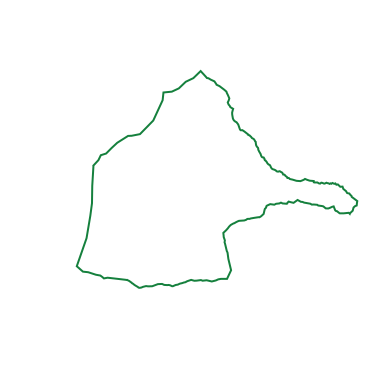 outline of Santa María Teopoxco, Puebla, Mexico, rotated 59°
{"feature_id": "50627088B27256400122103", "entity_name": "Santa María Teopoxco", "entity_type": "district", "adm_level": 2, "iso_a3": "MEX", "parent_name": "Mexico", "parent_adm1": "Puebla", "projection": "albers", "projection_center": [-96.962, 18.176], "detail": "fine", "context": "isolated", "style": "outline", "palette": "green", "viewbox_px": 384, "rotation_deg": 59, "n_neighbors": 0, "source": "geoboundaries", "source_scale": "gbopen_adm2", "svg_char_len": 5068}
<svg xmlns="http://www.w3.org/2000/svg" viewBox="0 0 384 384"><g transform="rotate(59 192 192)"><path d="M284.5,206.7L279.2,198.8L268.1,195.3L262.8,193.0L262.0,192.7L260.6,192.6L253.3,190.3L251.9,190.0L250.5,188.8L249.7,188.6L248.8,188.4L246.9,188.0L246.0,187.5L244.9,187.0L243.2,186.2L243.0,185.4L242.4,182.6L241.6,180.0L240.8,178.1L240.5,177.0L240.2,175.7L240.3,172.5L240.6,171.6L240.5,170.7L240.7,167.9L240.9,166.9L240.9,166.6L243.3,161.9L243.7,160.1L243.6,158.4L244.4,156.9L244.7,156.5L245.0,155.0L245.2,154.6L246.0,152.5L247.3,149.3L248.0,147.7L248.4,147.2L248.4,146.6L248.4,145.3L247.7,141.9L244.3,138.6L243.9,138.0L243.9,137.6L243.7,137.0L243.3,136.3L242.5,135.6L242.3,134.7L242.7,131.2L245.1,128.2L245.3,127.9L245.4,126.0L246.0,124.7L246.8,123.0L246.9,121.4L247.2,121.0L248.4,120.3L250.7,117.1L250.9,116.8L250.9,116.3L250.4,115.8L250.0,114.1L251.7,112.5L253.6,110.5L253.2,105.6L256.5,103.7L257.5,102.3L258.8,101.4L263.0,96.6L264.5,95.8L265.4,94.1L267.5,91.2L268.6,90.8L270.9,87.9L272.0,86.8L273.5,86.3L274.9,85.8L276.3,83.7L276.6,82.1L276.9,79.4L277.3,78.0L281.5,78.7L282.7,78.2L283.1,77.6L285.6,76.7L286.4,76.3L288.4,73.0L290.6,68.3L292.0,68.0L291.6,67.5L290.8,63.9L288.5,61.5L288.1,59.5L288.4,57.8L286.3,56.2L284.9,55.0L279.9,57.0L278.5,57.6L277.5,57.3L275.8,57.8L274.3,57.9L273.6,58.8L272.6,59.6L270.7,59.5L267.3,60.7L264.9,60.2L264.3,61.4L263.9,62.2L260.6,63.1L260.1,64.5L259.2,64.6L258.5,64.7L258.3,65.8L256.6,67.0L256.7,68.3L256.0,68.7L255.9,69.9L254.9,70.5L254.1,71.4L253.3,72.0L253.2,73.5L252.9,74.4L251.2,75.7L250.6,76.4L250.8,77.8L250.1,78.7L248.4,79.6L246.9,82.1L246.4,82.6L245.3,82.0L242.9,85.3L240.8,87.1L239.0,88.4L239.1,89.7L238.9,91.4L238.5,93.5L236.2,96.7L233.2,99.4L231.3,101.4L229.7,101.9L229.3,102.6L229.1,103.0L227.9,102.9L226.4,103.6L225.7,103.6L224.7,103.9L224.4,104.2L224.1,104.6L223.9,104.7L223.9,104.8L223.6,104.8L223.2,104.8L222.7,104.7L222.1,104.7L221.7,104.8L221.3,105.0L221.2,105.1L220.7,105.4L220.1,105.7L219.7,105.9L219.5,106.0L219.4,106.1L219.2,106.4L219.1,106.8L219.1,107.2L219.0,107.3L218.9,107.6L218.8,107.8L218.5,108.2L218.2,108.5L217.9,108.7L217.8,108.8L217.5,108.9L216.9,109.0L216.5,109.2L216.2,109.3L215.8,109.6L215.4,109.9L215.2,110.0L214.8,110.3L214.5,110.7L214.2,110.9L213.9,111.1L213.4,111.4L213.1,111.5L212.8,111.6L212.3,111.6L211.8,111.6L211.1,111.6L210.8,111.5L210.5,111.5L209.9,111.4L209.4,111.4L209.2,111.4L208.9,111.5L208.6,111.6L208.3,111.9L208.2,112.0L207.9,112.2L207.7,112.2L207.5,112.3L207.0,112.4L206.9,112.4L206.7,112.5L206.1,112.6L205.9,112.6L205.5,112.5L205.0,112.5L204.7,112.5L204.3,112.6L204.1,112.6L203.9,112.7L203.3,112.7L203.1,112.7L202.9,112.9L202.7,113.0L202.2,113.2L201.8,113.1L201.5,113.1L201.4,113.0L201.3,112.9L201.1,112.9L200.9,112.8L200.7,112.8L200.4,112.8L199.9,112.8L199.6,112.8L199.3,112.8L199.1,113.0L198.9,113.3L198.8,113.5L198.6,113.7L198.5,113.8L198.3,113.9L198.1,114.0L197.8,114.1L197.6,114.1L197.2,114.1L196.6,114.0L196.2,114.0L195.6,113.8L195.2,113.8L194.9,113.7L194.7,113.6L194.3,113.6L193.9,113.6L193.4,113.6L192.7,113.6L192.2,113.6L191.7,113.6L191.3,113.5L190.8,113.5L190.6,113.5L190.1,113.4L189.8,113.4L189.6,113.3L189.2,113.0L188.9,112.9L188.5,112.8L188.2,112.7L187.9,112.7L187.6,112.8L187.2,112.9L186.6,113.0L186.3,113.0L185.8,113.0L185.5,113.0L185.2,113.0L184.7,112.8L184.0,112.6L183.6,112.4L183.1,112.2L182.5,111.9L182.0,111.7L181.8,111.7L181.7,111.6L181.4,111.7L181.0,111.8L180.5,111.7L179.7,111.7L179.2,111.7L178.9,111.7L178.5,111.8L178.0,112.0L177.5,112.3L177.0,112.6L176.7,112.8L176.4,112.8L176.1,112.9L175.9,112.9L175.5,112.9L175.2,112.9L175.0,113.0L174.4,113.2L173.9,113.3L173.4,113.4L173.0,113.7L172.5,114.0L172.5,113.9L172.2,114.0L170.1,114.8L167.2,115.9L164.9,117.0L164.3,118.3L163.2,118.7L157.9,117.6L155.1,117.9L154.0,118.6L152.2,119.2L151.3,119.2L150.1,119.1L146.4,117.7L144.6,116.7L142.6,114.7L141.9,113.9L139.1,115.4L137.4,115.3L135.9,115.6L133.6,115.2L132.6,113.6L131.0,111.8L127.4,111.3L124.9,111.1L123.7,110.8L120.9,111.7L115.4,113.9L112.7,115.7L112.1,115.6L108.7,115.8L105.3,118.1L103.0,119.3L102.0,120.5L100.7,120.7L92.8,122.3L95.1,132.2L94.3,140.6L96.4,149.9L95.6,157.6L92.0,165.2L98.2,169.9L110.8,188.4L115.6,206.8L112.7,214.8L111.0,217.9L111.1,222.1L111.3,230.7L112.9,238.3L114.8,245.8L113.5,251.2L116.5,255.8L118.6,263.0L119.4,263.4L135.3,274.3L150.1,283.5L160.0,291.4L177.3,306.2L196.3,329.0L204.1,326.5L207.3,322.3L213.4,317.0L216.4,313.6L218.8,312.6L220.7,312.0L222.0,308.5L228.6,299.9L233.0,294.2L233.8,293.3L233.9,292.9L235.1,292.2L236.0,291.6L238.0,290.8L238.2,290.7L238.4,290.5L239.2,290.4L239.5,290.3L239.8,290.1L240.1,289.9L240.5,289.7L241.2,289.5L242.6,288.9L245.6,287.3L246.4,287.1L247.2,286.2L247.8,284.7L248.1,282.7L249.0,279.8L250.3,278.2L252.3,274.6L253.4,268.7L255.4,265.0L257.3,263.7L259.1,261.1L259.7,259.8L260.8,258.7L262.5,257.6L262.9,256.9L263.3,253.9L264.1,251.8L264.3,249.6L265.0,247.5L265.4,245.6L266.0,243.9L265.9,243.0L266.1,241.6L266.9,238.0L269.3,235.7L270.4,233.6L272.1,229.7L273.5,228.6L275.2,224.9L278.9,221.1L280.1,217.1L280.4,214.5L281.3,212.1L284.5,206.7Z" fill="none" stroke="#15803d" stroke-width="2"/></g></svg>